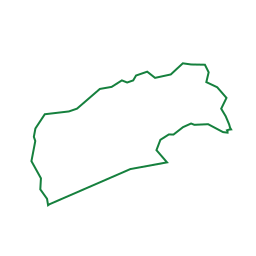 St Remy Estate, Soufrière, Saint Lucia, rotated 251°
{"feature_id": "8701671B98989854041717", "entity_name": "St Remy Estate", "entity_type": "district", "adm_level": 2, "iso_a3": "LCA", "parent_name": "Saint Lucia", "parent_adm1": "Soufrière", "projection": "robinson", "projection_center": [-61.046, 13.818], "detail": "fine", "context": "isolated", "style": "outline", "palette": "green", "viewbox_px": 256, "rotation_deg": 251, "n_neighbors": 0, "source": "geoboundaries", "source_scale": "gbopen_adm2", "svg_char_len": 828}
<svg xmlns="http://www.w3.org/2000/svg" viewBox="0 0 256 256"><g transform="rotate(251 128 128)"><path d="M82.8,153.7L97.8,147.7L106.3,154.8L108.6,164.5L107.0,168.9L110.9,180.3L111.7,189.1L109.4,191.8L105.5,205.0L93.2,216.5L91.2,220.6L91.5,220.7L92.0,220.9L92.7,221.1L93.2,221.0L93.6,220.9L93.6,222.8L93.1,225.0L95.1,224.6L98.5,224.8L107.3,224.2L115.9,222.4L124.4,230.9L137.5,225.6L145.9,217.0L154.4,222.4L159.1,221.8L162.8,221.3L167.5,208.4L171.3,200.9L168.5,194.5L164.7,185.9L166.6,169.9L175.0,164.5L175.0,152.7L171.3,148.4L171.3,142.0L172.6,140.5L175.0,137.7L172.2,125.9L174.1,114.1L164.1,89.1L162.9,86.1L162.9,78.6L162.9,77.5L168.1,53.8L157.7,40.3L150.3,36.1L145.9,36.1L142.2,34.0L128.1,25.9L108.8,29.3L98.5,25.1L87.4,28.4L81.0,27.3L81.5,29.0L88.4,116.9L82.8,153.7Z" fill="none" stroke="#15803d" stroke-width="2"/></g></svg>